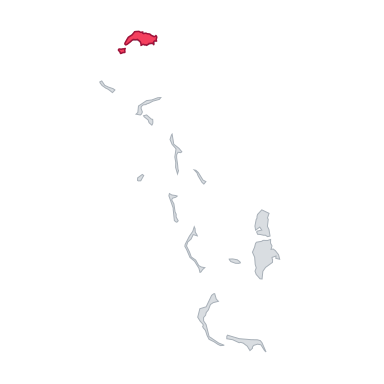 The Bahamas, with Inagua highlighted, rotated 200°
{"feature_id": "BHS-5038", "entity_name": "Inagua", "entity_type": "District", "adm_level": 1, "iso_a3": "BHS", "parent_name": "The Bahamas", "parent_adm1": "", "projection": "albers", "projection_center": [-73.316, 21.237], "detail": "fine", "context": "in_parent", "style": "filled", "palette": "rose", "viewbox_px": 384, "rotation_deg": 200, "n_neighbors": 0, "source": "natural_earth", "source_scale": "10m", "svg_char_len": 4581}
<svg xmlns="http://www.w3.org/2000/svg" viewBox="0 0 384 384"><g transform="rotate(200 192 192)"><path d="M114.6,156.1L114.3,161.4L114.7,165.5L114.2,166.9L109.8,169.4L108.6,170.9L104.4,172.3L101.9,174.3L100.7,170.8L98.4,168.7L98.1,165.1L96.2,166.2L93.6,165.4L89.2,162.6L86.6,158.8L90.5,158.3L91.2,160.6L94.4,157.9L93.7,156.4L93.2,156.2L92.3,153.4L97.1,146.3L98.3,141.7L96.4,134.2L98.4,133.7L103.5,136.5L105.7,139.2L105.7,142.7L107.8,145.5L110.8,152.1L114.6,156.1ZM117.5,176.4L117.5,177.4L113.4,180.1L116.3,182.2L119.2,177.9L121.2,181.5L122.3,188.1L122.0,189.3L122.2,190.3L122.6,191.5L122.7,193.4L120.3,199.1L112.3,198.3L112.2,193.4L111.0,192.4L109.4,185.5L106.9,183.1L103.6,177.3L105.7,175.9L108.3,176.5L109.7,175.9L113.5,175.4L115.8,174.7L117.5,176.4ZM305.0,314.2L303.7,317.4L299.3,323.6L289.5,325.2L278.8,325.4L277.9,323.8L277.7,322.3L278.5,319.9L278.4,319.0L278.0,318.1L281.9,317.1L284.5,314.2L288.5,313.7L293.6,315.8L296.4,315.8L300.4,313.6L303.6,308.8L305.6,309.4L305.0,314.2ZM136.8,103.8L135.9,104.2L132.6,99.7L129.8,98.3L134.2,95.3L136.2,92.6L136.3,86.8L137.4,83.6L137.1,80.8L138.2,78.0L137.0,74.8L133.4,72.2L126.5,62.0L115.2,59.2L109.3,59.0L112.6,57.4L115.6,57.7L120.1,58.8L125.6,59.4L128.9,62.5L132.0,66.5L134.8,68.1L136.0,69.2L135.8,70.3L136.3,71.4L140.0,73.3L143.8,76.3L144.7,85.0L139.4,89.0L138.2,101.6L136.8,103.8ZM87.3,66.0L92.1,67.5L94.7,67.4L96.2,66.5L103.3,67.1L109.1,66.0L109.9,68.3L109.7,69.6L97.5,70.3L86.1,73.4L79.9,75.5L77.0,75.7L74.8,74.4L67.7,67.0L69.6,67.8L75.0,72.0L78.4,71.4L81.6,68.9L82.2,66.9L81.7,65.9L83.3,62.8L87.3,66.0ZM159.4,122.7L165.9,127.8L171.5,129.8L177.5,136.2L180.1,138.4L180.5,140.5L179.3,149.7L177.8,155.2L178.0,160.1L176.6,158.6L175.2,155.4L172.8,153.5L172.0,152.6L176.3,152.4L176.8,147.4L178.9,143.5L178.7,139.4L173.8,134.7L170.5,130.7L165.3,129.3L160.5,125.2L157.6,124.7L154.1,125.3L155.4,122.9L156.3,119.8L157.0,119.2L159.4,122.7ZM230.8,238.5L230.5,239.6L225.5,230.7L219.0,228.5L215.3,226.3L216.1,225.1L218.7,224.6L219.2,221.8L218.1,218.8L214.8,212.6L212.9,208.5L212.0,207.5L211.8,204.0L215.8,209.5L217.4,214.3L220.1,219.0L221.8,227.1L226.9,229.9L230.6,233.8L230.8,238.5ZM256.5,268.8L253.6,270.1L254.3,267.9L259.8,264.0L262.9,260.6L264.6,259.4L265.2,258.4L267.6,257.2L268.9,255.0L268.5,253.2L266.0,250.2L266.1,248.1L266.9,246.7L271.2,246.0L270.1,248.2L271.7,254.5L266.0,262.3L261.2,264.8L256.5,268.8ZM212.4,180.5L212.7,182.8L210.0,182.3L206.0,183.1L204.5,183.1L205.4,181.6L208.2,179.5L208.4,177.6L205.0,174.7L201.1,167.5L199.3,165.8L198.4,163.1L195.1,160.2L195.8,158.6L196.5,158.3L198.8,159.1L203.8,169.4L204.1,170.4L212.4,180.5ZM304.3,259.4L306.8,260.0L308.2,260.0L312.9,261.3L315.7,263.1L316.3,263.9L314.8,265.5L310.5,262.4L306.7,262.0L301.5,262.1L299.3,261.5L300.7,258.2L304.3,259.4ZM262.7,246.3L263.6,247.1L261.0,248.9L255.2,246.6L253.8,246.8L252.7,244.4L252.3,242.7L252.6,241.1L256.0,242.4L257.9,244.7L262.7,246.3ZM130.9,143.0L126.3,143.8L123.1,142.8L122.3,142.0L123.7,140.9L126.8,139.9L131.7,139.9L133.8,141.2L134.1,141.7L130.9,143.0ZM197.5,213.5L195.8,213.7L192.8,212.5L185.8,207.0L182.5,206.5L183.6,203.5L186.1,204.6L191.8,209.3L193.9,211.7L197.5,213.5ZM247.9,186.7L244.7,191.5L243.0,191.0L244.0,185.0L246.2,184.1L247.1,184.2L247.9,186.7ZM309.5,300.2L304.0,302.4L303.5,299.9L306.3,297.8L309.5,300.2Z" fill="#d9dde1" stroke="#a8b0b8" stroke-width="1"/><path d="M279.3,319.9L279.4,319.1L278.9,318.5L278.5,318.0L278.5,317.6L279.9,318.3L280.7,317.9L281.5,317.7L281.9,317.3L283.2,316.9L283.5,316.0L284.4,315.2L284.8,314.4L285.7,314.6L286.6,314.1L287.8,314.1L288.2,314.1L288.6,313.9L289.0,313.6L289.6,312.7L290.0,312.4L290.1,312.5L290.4,313.5L291.0,314.3L291.9,315.4L292.9,315.9L295.5,316.7L296.4,316.1L297.4,315.7L299.4,315.2L300.4,313.9L301.2,312.2L303.2,309.0L303.9,308.1L304.7,307.6L305.6,308.0L305.9,308.7L305.8,309.8L305.0,314.5L304.7,315.7L302.0,319.1L300.7,323.0L299.8,323.5L296.8,324.8L295.0,324.5L294.4,324.7L294.1,324.9L293.3,325.4L293.0,325.4L293.0,325.1L293.2,324.9L292.6,324.4L291.7,324.3L289.6,325.5L288.2,325.4L285.7,326.0L283.9,325.3L281.2,325.0L280.6,325.1L280.0,325.5L279.8,325.8L279.6,326.2L279.4,326.6L279.1,326.5L278.7,326.2L278.1,325.5L278.0,325.1L277.9,324.3L277.9,323.3L277.2,322.0L277.0,321.8L277.2,321.5L278.4,321.4L279.1,320.9L279.3,319.9ZM306.1,302.7L304.7,303.4L304.2,303.8L303.9,303.9L303.8,303.4L303.9,302.8L303.6,302.0L303.1,301.1L302.9,300.2L303.3,299.9L304.3,299.6L305.1,299.1L305.8,298.2L306.4,297.8L306.8,298.0L307.3,298.7L307.7,299.1L308.5,299.5L309.4,299.9L309.7,300.3L309.6,301.2L308.8,301.7L307.3,301.9L306.5,302.6L306.1,302.7Z" fill="#f43f5e" stroke="#9f1239" stroke-width="1.5"/></g></svg>